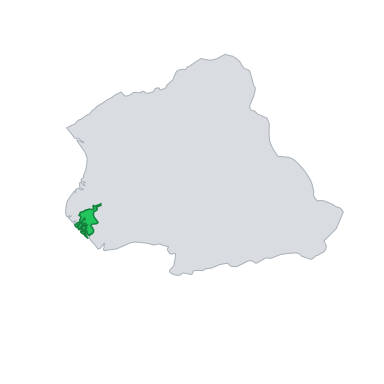 Rivers highlighted on a map of Nigeria, rotated 55°
{"feature_id": "NGA-2844", "entity_name": "Rivers", "entity_type": "State", "adm_level": 1, "iso_a3": "NGA", "parent_name": "Nigeria", "parent_adm1": "", "projection": "natural_earth1", "projection_center": [6.981, 5.031], "detail": "fine", "context": "in_parent", "style": "filled", "palette": "green", "viewbox_px": 384, "rotation_deg": 55, "n_neighbors": 0, "source": "natural_earth", "source_scale": "10m", "svg_char_len": 7873}
<svg xmlns="http://www.w3.org/2000/svg" viewBox="0 0 384 384"><g transform="rotate(55 192 192)"><path d="M295.1,79.5L304.7,94.7L306.8,106.1L307.6,111.6L309.2,112.3L312.2,112.6L314.3,113.7L315.6,115.6L316.5,117.3L316.6,118.3L316.0,125.1L315.3,127.6L315.8,130.9L315.6,132.3L315.3,133.3L314.0,134.4L312.2,135.5L307.9,138.8L306.7,139.2L304.9,139.3L303.3,140.1L301.4,141.9L297.5,148.4L294.1,154.9L291.6,165.4L288.6,168.7L288.1,171.6L287.6,178.2L287.2,180.2L286.7,180.8L283.4,182.0L281.6,183.5L280.5,186.5L279.1,196.6L278.6,198.3L277.5,200.1L275.8,202.0L274.4,203.0L270.7,203.7L267.1,211.3L267.1,212.7L265.5,219.6L262.8,224.8L262.6,228.2L259.2,232.8L257.4,235.9L259.3,239.1L259.4,239.7L253.6,245.2L253.2,246.0L253.0,249.8L252.5,250.9L251.4,252.3L249.8,253.8L248.2,255.0L246.4,255.8L244.6,256.1L243.7,255.7L243.1,254.5L242.1,249.8L241.6,248.8L240.5,247.9L235.9,242.8L233.2,241.0L232.6,241.1L232.1,241.6L231.3,244.2L230.6,245.1L229.1,245.5L226.6,245.5L224.8,245.1L224.4,244.6L223.5,242.6L217.8,247.3L215.9,248.3L213.4,253.9L209.8,256.6L207.4,259.0L200.8,266.6L199.5,268.8L198.2,272.1L195.4,286.3L190.9,295.1L190.3,297.0L190.0,296.9L189.4,297.7L187.7,297.2L186.9,295.6L185.8,295.3L183.9,292.9L183.5,293.3L185.5,299.4L184.8,301.8L179.2,301.9L174.4,302.7L171.2,302.6L169.5,301.7L168.8,299.4L168.5,299.7L168.3,300.9L167.3,301.9L163.6,302.0L162.0,300.5L160.7,298.7L159.3,298.0L159.5,298.7L161.1,300.4L160.9,302.9L157.9,305.7L156.0,305.9L154.9,304.6L154.3,302.6L154.0,299.7L153.2,297.7L152.8,297.7L153.3,301.0L153.3,304.0L154.7,306.3L152.6,307.0L150.0,307.1L149.6,306.2L149.3,304.3L148.8,303.8L148.3,307.1L143.0,308.0L142.2,307.8L142.1,307.2L142.5,306.3L142.4,304.8L141.2,306.0L141.0,308.2L140.3,308.6L138.3,308.3L136.1,307.1L132.5,304.3L128.0,299.6L127.3,297.5L126.1,295.0L123.8,287.9L124.2,287.6L125.2,288.0L125.7,287.3L123.9,286.8L123.5,286.3L123.4,284.8L123.5,282.9L126.2,281.9L126.9,280.7L127.3,279.5L123.8,281.3L120.6,279.3L119.9,278.1L120.3,277.2L124.0,277.1L125.3,276.2L124.5,275.9L123.1,275.9L122.6,275.3L122.6,273.9L122.1,274.2L121.5,275.5L119.4,276.4L118.1,275.5L118.0,273.4L117.7,272.4L116.6,271.7L112.8,266.1L108.1,261.5L103.9,258.3L97.5,256.8L84.1,256.8L83.3,256.4L84.1,255.7L85.3,255.2L89.6,252.6L88.9,252.3L84.4,253.9L82.9,254.0L80.9,257.1L67.7,257.8L67.8,256.4L68.3,252.3L69.2,249.5L68.3,246.1L68.1,243.0L68.6,242.0L68.8,240.8L68.7,232.9L69.4,231.7L69.4,230.9L68.1,227.5L68.1,224.9L67.8,222.4L67.4,221.3L67.9,211.6L67.8,209.2L68.2,207.5L68.5,203.3L68.4,199.2L69.3,192.7L75.0,191.9L76.4,189.3L77.1,186.1L76.9,182.9L78.7,180.1L81.0,177.7L80.9,175.0L81.5,174.1L82.5,173.5L84.1,173.2L85.7,171.8L86.7,169.5L87.6,165.7L86.2,163.1L86.2,162.5L86.7,161.1L87.6,159.6L88.3,159.2L90.0,159.6L90.5,159.0L91.6,154.8L91.5,153.7L90.0,150.9L89.1,143.3L88.7,142.4L87.5,141.0L84.4,135.7L84.5,133.1L85.8,129.9L86.7,128.3L87.9,127.5L88.1,126.7L87.8,125.8L87.2,125.1L87.0,123.7L87.6,121.7L87.5,119.5L87.8,108.1L90.4,105.8L94.1,102.1L96.0,98.2L97.0,95.3L98.3,85.5L100.3,84.4L104.0,80.9L109.1,78.8L112.4,78.1L118.1,78.6L121.1,78.2L123.6,76.3L124.7,75.7L126.3,75.4L140.7,80.5L142.0,80.3L143.1,80.6L144.9,81.9L149.1,86.7L153.6,94.0L155.0,95.6L156.3,96.4L157.8,96.7L158.8,96.6L159.9,95.9L161.3,94.5L163.4,93.9L165.1,94.0L174.1,88.4L174.9,88.3L180.4,89.5L188.0,95.2L194.1,98.9L198.4,100.1L203.5,101.0L212.1,101.2L218.6,93.3L221.0,91.6L223.9,90.1L230.0,88.6L240.0,87.6L249.5,88.0L255.3,89.4L261.5,92.0L264.2,94.4L268.4,94.8L271.4,94.4L272.3,91.9L275.3,88.7L279.8,85.7L283.5,83.6L286.5,82.7L289.2,80.3L291.3,79.6L295.1,79.5ZM164.0,305.2L161.9,305.9L160.6,305.7L162.4,302.5L163.3,303.2L164.5,303.5L164.0,305.2Z" fill="#d9dde1" stroke="#a8b0b8" stroke-width="1"/><path d="M168.8,298.3L168.7,298.4L168.6,298.6L168.5,298.8L168.5,299.2L168.6,299.5L168.4,300.0L168.7,300.5L168.8,300.7L168.7,300.8L168.4,301.3L168.2,301.4L167.9,301.6L167.7,301.6L167.5,301.4L167.4,301.4L167.2,301.9L166.7,301.9L166.0,301.4L165.5,301.4L164.9,301.3L164.5,301.0L164.2,300.6L163.9,300.7L163.5,300.7L163.5,300.8L163.5,301.0L163.4,301.2L163.2,301.3L163.3,301.5L163.5,301.6L163.3,301.7L163.6,301.9L164.0,302.2L164.5,302.3L164.6,302.5L164.5,302.9L163.5,303.1L163.4,303.0L163.0,302.2L161.6,300.5L161.5,300.0L161.5,299.3L161.4,299.1L161.0,299.3L160.5,299.3L160.4,299.2L159.9,298.7L159.7,298.4L159.4,297.3L159.2,296.9L159.1,297.2L159.0,297.4L158.9,297.6L158.9,297.8L159.0,297.9L159.3,298.1L159.5,298.9L159.7,299.3L160.1,299.4L160.7,299.8L161.2,300.6L161.3,301.4L160.7,301.7L161.0,302.0L161.3,302.3L161.5,302.7L161.4,303.2L160.8,303.9L160.5,304.1L160.0,303.9L160.0,304.3L159.6,304.2L159.3,303.9L159.2,303.6L159.3,303.1L159.0,303.4L159.0,303.8L159.1,304.2L159.3,304.6L158.7,304.7L158.3,304.2L158.2,303.6L158.1,302.3L157.8,301.7L157.7,301.3L157.9,301.1L158.0,300.9L158.1,300.4L158.2,299.9L158.1,299.6L158.3,299.6L158.6,299.7L158.4,299.5L158.0,298.9L157.9,298.7L157.8,298.1L157.7,297.9L157.3,298.5L157.2,298.5L157.1,298.1L156.9,297.6L156.8,298.0L156.8,298.5L156.7,298.7L157.0,299.1L157.4,300.6L157.2,300.6L156.9,300.2L156.8,300.3L156.6,300.4L156.4,299.9L156.2,299.5L155.6,298.7L155.6,299.1L155.7,299.5L156.0,300.1L156.2,300.3L156.3,300.5L156.2,300.9L156.1,301.0L156.2,301.4L156.4,301.0L156.8,300.9L157.1,301.0L157.3,301.3L157.1,303.0L157.1,303.6L157.9,305.3L158.2,305.7L158.1,305.9L158.0,306.1L157.8,306.2L157.5,306.2L157.3,306.1L156.9,305.9L156.9,306.0L157.0,306.2L156.6,306.1L156.1,305.8L155.6,305.7L155.1,305.9L154.9,305.6L154.7,305.2L154.7,304.8L154.9,304.4L154.5,304.2L154.2,303.5L153.9,302.8L153.9,302.2L153.9,301.7L154.0,301.5L154.1,301.3L154.3,301.1L154.4,300.8L154.5,300.4L154.4,300.1L154.1,299.9L153.5,299.6L153.2,298.8L152.8,297.3L152.8,296.7L152.8,296.3L153.1,296.0L153.2,295.7L152.7,295.8L152.5,295.5L152.4,295.3L152.4,295.1L152.2,295.2L151.9,295.2L151.7,295.1L151.8,295.5L151.8,295.9L151.9,296.3L152.2,296.4L152.4,296.6L152.5,297.0L152.7,297.9L152.8,298.8L152.9,299.2L153.1,299.4L153.3,299.6L153.6,300.0L154.0,300.7L153.5,301.2L153.4,301.4L153.4,301.8L153.8,304.1L154.0,304.9L154.3,305.2L154.2,305.8L154.7,306.2L154.9,306.6L154.4,306.9L153.8,307.0L152.9,307.1L152.2,307.0L151.7,306.7L151.6,306.4L151.7,304.9L151.8,304.8L151.8,304.7L151.6,304.3L151.5,304.2L151.5,303.4L151.6,303.0L152.1,301.6L152.1,301.3L152.1,300.6L151.8,301.0L151.6,300.6L150.9,300.2L150.3,299.7L150.0,298.9L149.8,298.0L148.5,297.1L146.8,297.8L146.2,297.9L145.9,297.2L146.0,296.7L145.9,296.4L145.5,296.4L145.3,296.2L144.8,295.5L144.8,294.5L145.0,293.7L145.5,292.9L145.5,292.6L145.7,292.1L146.1,291.6L145.9,291.4L145.8,291.1L145.7,290.9L145.7,290.6L145.7,290.1L145.8,289.5L145.9,289.0L146.0,288.8L146.4,288.5L146.6,288.0L146.7,286.9L147.0,286.1L147.4,285.7L147.9,285.2L148.6,284.2L148.8,283.9L148.8,283.7L149.3,283.4L149.6,283.1L149.7,282.9L149.6,282.7L149.0,281.7L147.0,281.5L146.7,280.5L146.6,280.4L146.8,280.3L147.0,280.0L147.1,279.9L147.5,279.8L147.6,279.7L148.0,279.2L148.2,278.9L148.3,278.6L148.4,277.9L148.4,277.4L148.9,276.3L149.4,273.5L150.0,274.1L150.7,274.2L150.5,275.0L149.8,278.9L150.0,279.4L150.7,279.5L151.5,279.3L152.3,280.3L152.2,282.0L151.9,282.8L151.9,283.7L152.1,283.9L152.6,284.3L152.7,284.7L154.9,286.3L157.9,286.6L160.5,286.3L161.6,286.6L162.3,286.5L162.9,286.3L163.3,287.2L163.2,288.4L161.1,292.2L161.4,294.1L162.2,294.4L163.9,294.0L164.7,294.0L165.5,294.4L166.7,294.4L168.1,295.5L168.3,296.1L168.7,296.8L168.9,297.7L168.8,298.3ZM163.4,303.4L164.4,303.3L164.6,303.4L164.4,303.7L164.2,303.9L164.2,304.3L164.2,304.7L164.1,305.0L163.9,305.3L163.6,305.5L163.3,305.6L161.5,306.1L160.8,306.0L160.5,305.7L160.8,305.2L161.4,304.4L161.9,303.6L162.3,303.0L162.4,302.8L162.5,302.4L162.8,302.6L163.1,303.3L163.4,303.4ZM169.0,303.6L169.7,303.5L169.9,303.6L169.8,303.9L169.6,304.2L169.2,304.3L168.4,304.2L168.1,304.3L167.1,304.7L166.7,304.8L165.2,304.7L164.8,304.5L164.7,304.2L164.9,303.7L165.1,303.6L166.1,303.2L166.4,303.4L167.1,303.8L167.5,303.9L167.9,303.8L168.6,303.6L169.0,303.6Z" fill="#22c55e" stroke="#15803d" stroke-width="1.5"/></g></svg>